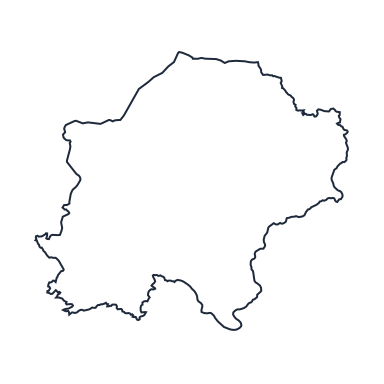 Tesouro, Mato Grosso, Brazil (orthographic projection), rotated 356°
{"feature_id": "56859067B1460135185078", "entity_name": "Tesouro", "entity_type": "district", "adm_level": 2, "iso_a3": "BRA", "parent_name": "Brazil", "parent_adm1": "Mato Grosso", "projection": "orthographic", "projection_center": [-53.481, -15.916], "detail": "fine", "context": "isolated", "style": "outline", "palette": "slate", "viewbox_px": 384, "rotation_deg": 356, "n_neighbors": 0, "source": "geoboundaries", "source_scale": "gbopen_adm2", "svg_char_len": 5970}
<svg xmlns="http://www.w3.org/2000/svg" viewBox="0 0 384 384"><g transform="rotate(356 192 192)"><path d="M309.6,122.0L309.3,120.4L308.4,119.7L309.2,118.3L307.2,118.4L305.1,118.1L303.4,118.2L301.8,117.5L302.0,115.3L300.9,113.8L301.4,112.2L299.9,111.2L299.5,109.1L300.2,107.2L299.9,106.0L299.1,104.9L298.0,104.1L297.1,102.6L295.4,101.8L294.3,100.9L293.7,99.8L292.8,98.9L292.2,97.4L290.2,94.9L289.1,94.5L289.4,93.0L288.1,89.3L289.2,87.8L288.7,84.3L286.9,84.0L282.1,82.0L281.1,82.2L280.0,81.1L278.5,81.2L275.4,80.1L271.1,80.2L269.4,77.4L269.4,75.0L268.7,73.2L267.1,70.7L267.2,69.4L266.9,67.1L262.8,67.2L258.2,66.5L253.8,65.3L245.1,64.2L237.6,64.2L233.7,65.6L229.8,62.8L225.4,61.1L214.3,59.9L210.8,58.9L207.0,59.5L202.1,59.1L201.9,58.0L198.4,55.5L191.9,52.3L188.8,51.5L187.8,52.4L183.1,61.1L177.1,65.1L170.7,71.1L161.8,74.8L156.1,79.2L146.2,85.5L129.4,110.9L125.6,115.1L120.3,115.1L117.8,116.0L115.5,114.6L114.0,114.4L106.3,117.4L105.1,117.6L93.1,115.3L87.8,115.9L81.4,112.9L80.1,112.9L70.8,116.4L69.5,118.4L68.9,119.8L69.6,123.6L67.3,125.7L67.7,128.8L69.8,131.2L71.2,131.8L73.8,132.0L74.4,133.3L73.4,134.7L73.9,137.9L73.2,140.9L69.5,151.7L69.4,153.4L77.9,165.9L80.5,168.0L81.3,169.5L81.6,171.2L81.4,172.4L78.4,176.8L76.5,178.9L73.4,181.2L72.4,182.6L70.9,185.5L69.0,193.2L68.9,195.0L66.5,196.2L63.5,196.1L61.8,198.5L63.8,200.6L65.3,200.7L66.1,201.8L67.4,202.9L68.1,204.4L67.2,205.4L61.4,207.6L59.3,213.2L60.0,218.8L59.1,221.6L57.3,225.6L55.5,225.7L49.6,225.0L48.5,225.4L47.3,226.5L46.0,229.0L44.4,228.8L43.4,228.1L44.4,225.6L44.6,223.2L43.5,223.0L42.6,224.0L39.1,225.8L35.8,225.8L34.9,224.9L33.4,225.2L33.0,226.5L33.5,228.2L32.5,229.2L34.0,230.0L34.7,232.8L35.7,233.9L36.0,235.8L37.0,237.0L38.2,237.0L39.1,238.5L39.8,240.5L41.3,242.0L43.0,245.2L45.1,247.6L46.8,247.3L49.6,248.1L51.4,248.1L53.4,250.2L54.4,251.5L58.6,260.3L58.0,261.5L55.9,261.9L52.4,265.7L51.9,267.2L51.1,268.0L49.7,272.3L48.4,270.9L47.2,270.7L45.9,271.9L44.6,272.4L43.3,272.2L42.2,274.5L41.9,276.2L43.1,276.7L43.8,278.1L42.4,280.3L40.9,280.7L40.6,282.2L42.1,282.6L44.2,283.9L45.6,283.8L49.3,280.4L51.3,282.7L52.7,282.4L53.6,283.2L52.8,284.2L51.7,284.4L50.7,285.4L50.2,286.7L49.1,287.8L51.9,288.0L54.8,289.1L55.8,290.1L56.4,291.3L59.2,293.0L58.4,294.3L59.0,295.4L62.9,295.3L64.5,295.6L65.3,297.0L64.5,298.0L60.4,299.8L58.9,299.7L56.3,300.2L55.2,300.7L57.6,302.1L60.3,302.1L60.9,303.4L61.0,305.8L63.8,303.8L65.0,303.9L66.1,304.4L67.6,304.4L69.2,303.9L70.4,302.8L72.6,301.8L74.4,301.9L75.8,302.8L80.9,302.0L82.3,301.5L84.3,300.3L86.7,300.8L87.8,300.7L88.9,299.3L90.3,298.2L91.9,298.3L93.0,297.7L94.4,297.8L96.7,297.3L98.4,296.5L99.0,297.7L100.3,298.0L99.5,300.2L101.4,300.2L102.3,299.7L103.5,300.0L104.6,298.8L106.3,298.8L108.4,299.2L109.1,300.7L108.8,302.5L109.7,303.8L113.1,303.7L114.0,304.5L114.2,306.3L115.8,306.8L116.5,307.9L118.3,308.5L120.2,308.3L121.8,309.0L122.6,310.3L123.8,309.8L124.8,311.0L124.0,312.3L125.6,312.8L127.1,312.7L128.2,315.4L129.3,316.0L130.9,315.4L130.9,313.5L131.9,312.7L134.4,312.2L135.9,311.4L137.7,308.7L136.6,308.5L133.2,308.6L132.6,307.1L132.6,304.0L133.1,302.4L133.7,301.5L134.8,300.9L134.8,298.8L136.7,297.7L138.6,297.6L139.9,298.0L141.4,295.3L142.4,294.2L140.9,291.9L141.4,289.1L142.3,287.8L143.5,286.7L144.6,286.2L147.0,286.5L148.5,285.9L148.0,284.9L146.7,284.1L145.1,282.6L146.5,281.1L147.9,280.1L149.0,278.7L148.7,277.2L147.4,274.1L147.1,272.6L148.0,272.0L149.7,272.4L151.1,272.3L152.6,273.4L154.8,273.0L155.8,273.9L157.3,274.5L158.3,275.4L158.9,278.0L160.4,278.4L161.3,279.3L162.5,278.8L164.5,278.9L165.8,279.6L167.2,279.8L168.3,280.6L169.0,279.6L171.4,278.7L174.6,279.5L177.1,280.7L181.1,283.8L183.4,285.9L185.2,288.6L187.3,290.8L188.7,293.2L189.6,295.6L189.9,297.6L189.9,299.2L190.2,300.6L191.2,301.9L193.0,303.3L194.3,305.2L194.4,306.6L193.1,310.8L193.2,312.4L195.6,313.6L198.7,314.1L201.2,313.8L202.7,314.2L205.2,316.8L206.3,319.3L208.7,322.8L214.5,328.9L220.4,331.7L223.9,332.5L226.7,332.4L229.7,331.1L230.9,330.2L231.9,328.8L231.8,326.7L231.2,325.3L229.5,323.3L227.4,321.8L225.6,319.5L224.5,317.3L224.6,315.7L225.2,314.6L227.6,312.8L229.0,312.3L231.4,312.4L233.9,311.9L235.7,311.4L238.2,310.0L240.1,307.7L241.5,306.6L242.9,306.4L244.3,305.3L245.2,303.7L246.7,303.4L249.6,301.4L249.9,299.0L253.4,296.3L254.2,295.4L254.2,292.3L253.3,290.1L250.5,287.5L249.1,286.6L248.1,284.9L247.4,275.3L245.9,273.2L246.1,271.6L245.4,268.4L245.9,265.1L247.4,263.5L249.2,263.0L250.5,261.7L250.5,259.7L250.2,258.3L250.6,257.0L251.5,255.8L256.0,253.4L259.3,253.5L261.1,251.0L261.3,249.6L260.3,247.0L260.2,244.6L261.4,240.8L263.8,238.2L264.4,237.1L265.6,233.0L266.4,232.0L271.4,228.8L273.2,230.1L275.0,230.4L277.7,229.0L279.2,229.9L281.3,229.6L283.6,228.1L284.7,224.7L287.5,224.4L289.0,223.8L292.9,223.7L294.0,223.3L296.9,224.5L300.4,224.1L302.5,223.1L304.4,219.8L306.5,217.5L307.7,217.4L309.1,216.5L309.8,215.6L315.2,213.5L317.8,211.8L318.8,210.4L320.2,210.3L321.6,209.4L323.2,209.9L325.5,209.1L326.8,207.9L328.7,207.5L330.2,208.0L331.7,207.7L333.1,208.0L333.8,209.0L334.2,210.5L335.1,211.6L336.2,212.1L338.3,209.6L340.1,209.5L341.7,207.3L342.0,206.0L341.7,204.3L340.6,202.2L339.4,201.2L338.3,200.9L337.3,200.2L334.7,197.4L333.9,196.0L333.5,193.3L332.2,189.7L332.1,188.5L332.4,187.0L335.6,179.7L337.9,178.3L338.9,176.6L341.9,173.9L343.2,173.5L344.2,172.6L346.0,172.8L347.5,171.8L348.4,170.7L348.3,168.8L349.1,166.8L349.1,163.2L350.4,160.8L350.6,159.7L350.4,158.2L349.0,153.6L350.0,152.0L349.6,150.4L347.6,146.8L347.5,145.5L349.2,145.1L351.1,143.6L351.5,142.6L350.9,141.4L348.3,140.7L347.3,139.3L346.7,137.4L345.4,136.9L344.6,135.7L342.6,135.3L341.4,133.9L342.5,133.3L344.4,133.0L345.2,129.7L344.1,128.0L343.7,126.4L344.6,125.7L345.0,122.7L341.9,122.0L340.9,121.3L340.4,120.2L338.8,118.6L336.3,118.9L334.3,121.2L329.9,120.6L325.5,118.7L323.8,118.4L322.3,119.7L322.9,122.5L322.1,124.2L321.0,125.2L319.5,125.3L318.7,123.6L317.9,122.8L315.8,123.5L311.8,122.9L311.1,122.0L309.6,122.0ZM309.6,122.0L308.3,122.9L307.7,121.5L309.6,122.0Z" fill="none" stroke="#1e293b" stroke-width="2"/></g></svg>